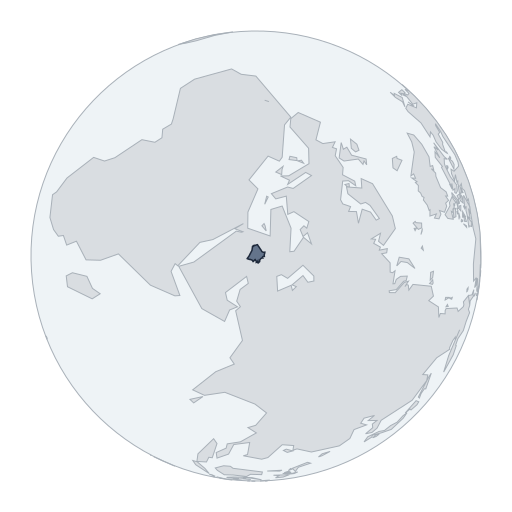 Al-Anbar on an orthographic globe, rotated 86°
{"feature_id": "IRQ-3471", "entity_name": "Al-Anbar", "entity_type": "Province", "adm_level": 1, "iso_a3": "IRQ", "parent_name": "Iraq", "parent_adm1": "", "projection": "orthographic", "projection_center": [42.195, 32.855], "detail": "fine", "context": "on_globe", "style": "filled", "palette": "slate", "viewbox_px": 512, "rotation_deg": 86, "n_neighbors": 0, "source": "natural_earth", "source_scale": "10m", "svg_char_len": 12527}
<svg xmlns="http://www.w3.org/2000/svg" viewBox="0 0 512 512"><g transform="rotate(86 256 256)"><circle cx="256" cy="256" r="225" fill="#eef3f6" stroke="#a8b0b8"/><path d="M245.6,31.0L248.3,30.9L273.7,32.0L283.8,32.7L280.0,32.8L300.4,35.1L315.5,38.7L297.2,34.6L294.3,34.4L303.9,36.4L303.1,36.6L307.3,37.9L305.4,38.2L294.9,36.5L293.5,36.9L300.4,38.4L302.8,40.1L292.9,37.7L296.2,40.7L279.2,39.7L254.2,35.5L243.4,37.4L214.1,40.2L215.4,41.1L205.2,43.5L203.0,45.7L198.2,46.2L200.5,47.6L205.3,46.8L208.0,47.3L207.1,48.7L200.8,49.3L200.4,48.7L198.1,49.7L195.3,49.5L196.2,50.4L188.7,51.4L194.7,52.6L187.6,55.2L183.0,55.4L185.3,52.5L180.5,47.6L176.6,47.9L168.7,50.6L149.9,61.2L144.7,63.1L136.5,67.8L138.4,67.7L145.5,64.1L147.1,65.7L155.7,61.8L157.6,62.1L165.6,59.8L162.4,63.4L154.8,68.4L147.9,70.8L144.4,73.3L149.3,74.1L134.8,82.1L122.6,94.2L119.1,96.3L115.2,94.0L119.4,85.6L114.4,84.9L115.5,89.0L106.7,95.1L104.4,97.9L103.7,100.0L106.1,99.2L102.7,102.4L100.3,98.9L103.4,96.0L104.1,96.9L106.0,93.3L104.4,92.1L100.1,95.8L102.1,91.8L99.1,94.6L97.8,95.6L102.5,91.2L95.1,98.3L107.4,86.7L120.4,76.1L134.3,66.4L148.8,57.8L163.9,50.4L179.6,44.1L195.7,38.9L212.1,35.0L228.7,32.4L245.6,31.0ZM30.8,263.4L33.1,282.1L37.1,300.5L38.9,312.1L39.3,317.7L39.7,319.1L35.2,300.8L32.2,282.2L30.8,263.4ZM291.2,33.6L285.9,32.8L291.3,33.5L291.2,33.6ZM308.2,38.1L310.0,38.4L311.4,39.0L308.2,38.1ZM166.9,58.0L166.3,58.9L165.1,58.8L166.9,58.0ZM171.0,56.3L170.1,55.7L171.9,54.8L172.4,55.2L171.0,56.3ZM309.8,40.2L311.5,41.4L308.0,39.8L309.8,40.2ZM171.7,57.4L175.2,53.4L178.5,52.0L183.1,52.5L171.7,57.4ZM311.4,42.0L315.7,45.5L320.0,46.2L310.3,46.9L309.8,43.3L304.7,41.0L309.3,42.1L311.4,42.0ZM207.2,46.0L202.1,46.9L207.2,45.0L207.2,46.0ZM209.9,44.7L221.8,39.2L229.0,39.0L223.5,40.7L233.5,39.8L231.1,42.3L225.1,43.4L221.0,42.9L223.2,44.4L209.9,44.7ZM304.3,46.9L303.7,47.8L302.3,46.6L304.3,46.9ZM209.4,47.4L211.2,46.1L217.5,45.8L215.1,48.3L213.9,47.5L209.4,47.4ZM237.3,38.5L241.6,38.9L240.8,41.0L242.4,41.6L231.7,42.4L237.3,38.5ZM212.0,48.3L213.8,49.6L210.0,51.2L208.1,48.6L212.0,48.3ZM220.2,44.7L223.1,44.7L220.7,45.5L220.2,44.7ZM197.5,58.0L199.5,56.1L203.0,55.7L197.5,58.0ZM214.7,50.1L216.0,49.5L217.6,49.3L217.9,50.5L214.7,50.1ZM231.9,44.0L230.7,44.9L236.3,43.7L235.9,45.6L228.8,45.9L231.7,46.6L231.7,47.2L226.0,46.8L231.9,44.0ZM223.1,51.0L214.0,52.6L209.5,56.0L206.3,56.4L214.1,50.9L223.1,51.0ZM225.3,48.5L223.2,50.1L220.3,49.6L219.9,48.2L225.3,48.5ZM238.3,46.8L240.6,43.9L242.1,43.9L238.3,46.8ZM222.4,52.0L224.6,51.7L222.4,52.3L222.4,52.0ZM234.0,48.4L234.7,47.3L236.3,47.4L234.0,48.4ZM228.5,52.0L225.6,52.4L225.2,51.4L228.5,52.0ZM231.5,50.5L233.6,50.9L226.9,50.8L231.5,49.9L231.5,50.5ZM235.5,48.7L236.7,48.4L235.0,49.2L235.5,48.7ZM231.6,55.9L223.2,56.1L222.4,53.7L230.7,53.8L231.6,55.9ZM75.3,304.9L67.7,267.3L73.7,258.1L76.5,243.6L119.9,211.6L127.2,218.4L159.3,223.0L163.0,226.1L157.2,237.0L179.6,257.7L189.2,249.4L211.6,261.0L227.7,262.3L237.0,240.5L210.6,237.9L208.0,226.4L230.7,219.1L254.1,222.0L253.9,217.7L240.7,207.3L247.8,199.8L236.4,203.0L239.8,207.7L232.7,210.1L229.2,206.1L231.8,203.4L225.3,200.9L214.4,215.1L216.7,221.4L198.4,221.6L200.4,232.3L194.9,236.3L189.4,219.7L191.2,214.2L179.6,195.0L176.1,200.6L186.8,219.4L182.7,217.3L177.9,226.0L178.3,217.8L167.6,196.7L152.2,196.0L129.7,213.1L121.4,211.7L115.8,203.9L127.0,182.4L144.3,188.1L148.5,181.5L147.6,169.1L153.0,172.2L154.7,168.2L161.5,170.0L173.7,162.9L181.0,164.0L188.2,152.3L192.9,151.6L187.3,158.5L187.3,164.3L205.8,167.7L210.1,165.8L213.3,158.2L218.0,160.5L218.7,152.7L230.5,151.5L216.7,146.8L220.2,138.7L228.6,133.6L227.2,130.3L213.5,138.7L210.2,143.0L211.4,147.9L200.3,160.0L193.4,160.9L195.6,145.7L186.1,145.7L192.0,134.7L225.6,117.2L238.4,115.1L254.3,128.1L249.9,132.7L242.0,130.2L247.0,139.8L247.7,135.5L251.6,137.7L255.8,131.3L258.8,132.6L257.8,124.5L261.9,125.4L262.5,130.5L272.2,122.7L281.4,123.3L282.2,120.9L280.4,118.3L293.3,121.3L293.3,119.5L289.1,117.7L286.4,113.2L286.6,106.5L291.0,107.9L291.5,110.5L299.3,118.4L300.0,125.6L301.8,125.5L302.3,119.7L292.8,110.0L291.7,105.6L296.9,109.6L294.9,107.8L295.7,106.1L300.7,105.9L295.3,101.4L298.4,83.3L308.4,81.8L312.6,86.8L319.5,77.6L330.1,77.9L326.2,76.1L326.9,71.4L323.6,71.1L321.7,70.0L321.9,59.1L325.4,58.2L321.0,52.7L319.0,52.0L316.2,52.3L310.3,46.9L320.0,46.2L324.0,47.8L327.4,46.9L336.1,51.0L344.9,54.4L352.6,60.4L358.9,63.1L359.4,62.5L368.4,66.2L384.9,76.9L369.0,70.8L343.8,58.0L353.9,63.1L350.8,62.9L354.0,65.5L361.2,69.4L362.5,69.2L370.1,82.8L385.9,97.9L386.6,92.9L392.2,94.4L410.8,110.3L428.6,142.6L436.2,147.3L440.1,152.6L441.0,159.1L435.4,151.5L431.8,151.7L428.5,146.8L428.0,155.5L423.3,148.9L425.3,159.5L430.1,163.2L432.2,157.5L436.0,170.3L444.6,175.1L451.2,186.1L455.4,214.4L451.3,228.5L452.2,232.7L447.7,231.6L446.1,243.0L457.9,258.2L459.1,264.5L454.4,282.6L453.5,278.3L441.6,275.3L442.5,291.3L451.7,297.2L454.9,309.0L449.3,309.4L445.6,299.2L441.4,297.8L440.3,284.5L432.5,268.0L426.6,276.0L424.9,268.1L413.3,256.4L403.6,267.4L389.8,296.6L391.4,317.1L385.1,328.5L368.6,304.2L362.3,285.2L355.7,289.1L339.3,275.4L309.2,280.1L305.5,275.1L299.7,278.4L288.3,274.2L282.8,265.6L275.7,266.8L290.3,289.0L298.1,287.8L305.4,278.0L308.0,286.1L319.1,291.9L304.7,313.7L260.9,333.8L257.7,318.4L229.8,273.9L231.3,268.9L231.2,268.3L230.9,267.3L227.3,275.3L222.8,266.3L236.6,297.9L238.5,311.0L260.3,334.7L258.0,337.2L265.4,341.8L290.1,334.7L290.1,339.7L277.7,363.4L244.3,393.1L249.4,411.4L248.0,425.8L228.7,434.1L231.9,444.1L222.1,446.7L222.5,451.8L215.5,456.1L203.2,458.9L180.7,454.7L178.1,450.4L165.0,439.1L146.3,411.1L150.7,400.5L148.1,389.9L132.0,361.7L135.5,348.9L131.5,341.6L123.0,340.2L118.5,331.2L113.5,329.1L83.5,319.7L75.3,304.9ZM102.9,232.3L101.2,236.5L102.9,232.3ZM277.8,236.7L292.5,236.9L287.7,223.0L292.9,222.1L289.4,217.9L287.3,222.0L278.8,210.5L285.8,206.1L285.0,200.0L280.0,199.7L268.5,209.8L280.5,226.0L276.4,232.0L277.8,236.7ZM106.9,95.3L107.0,95.6L105.5,98.2L104.8,97.9L106.9,95.3ZM107.6,105.8L102.0,110.7L105.5,106.7L103.4,106.8L108.1,99.1L117.6,97.0L112.4,99.1L107.6,105.8ZM116.9,89.0L112.9,93.6L116.9,88.6L116.9,89.0ZM157.7,145.9L159.1,149.4L155.2,153.4L146.0,153.6L151.5,147.6L157.7,145.9ZM162.1,153.6L166.9,139.4L172.8,139.2L168.7,141.6L172.1,142.9L166.4,147.2L167.4,161.6L164.0,166.2L148.8,163.1L155.6,161.4L153.8,157.8L162.1,153.6ZM168.5,108.5L170.7,103.7L180.8,109.3L177.6,113.2L168.2,113.2L166.4,108.7L168.5,108.5ZM179.3,59.6L179.5,58.5L181.2,58.2L182.5,58.9L179.3,59.6ZM198.2,57.1L180.4,64.8L179.7,63.8L170.1,70.3L164.5,70.2L170.9,65.8L159.4,70.9L163.0,66.9L155.4,70.9L170.2,61.2L172.9,58.3L172.0,61.5L177.1,61.6L180.1,60.8L190.6,56.5L198.9,50.9L205.2,50.6L207.5,52.0L206.5,53.3L202.7,52.9L204.1,54.9L197.8,55.5L198.2,57.1ZM230.6,75.3L226.6,73.1L228.3,79.7L222.0,79.2L222.6,80.1L217.2,81.6L211.8,85.1L209.2,84.3L208.2,86.1L204.6,87.4L202.4,89.6L197.0,89.1L193.8,91.9L193.1,90.2L189.0,95.2L189.6,91.4L185.1,93.0L186.9,95.9L163.3,90.9L153.0,92.7L144.0,96.6L146.3,90.2L156.2,82.8L169.2,76.5L178.8,76.0L178.1,73.5L182.5,72.7L181.2,75.0L185.8,71.0L189.1,71.0L200.7,67.1L205.2,61.9L209.6,60.6L209.4,62.7L213.9,60.0L216.5,63.1L219.7,62.3L225.5,64.9L223.4,69.8L227.1,68.6L231.7,70.9L230.6,75.3ZM233.1,56.7L231.9,62.0L228.0,64.5L219.5,59.0L216.3,59.3L210.7,56.4L216.6,53.0L217.7,54.1L220.1,54.3L217.3,55.3L221.3,54.8L222.9,56.3L226.4,56.4L225.1,58.0L233.1,56.7ZM168.4,222.7L171.5,224.0L176.6,224.7L173.6,230.4L168.4,222.7ZM160.8,208.5L163.7,208.4L162.1,216.3L158.9,215.2L160.8,208.5ZM166.8,202.0L164.0,207.8L163.6,204.0L166.8,202.0ZM190.2,158.2L193.5,158.0L193.3,159.9L190.9,162.3L190.2,158.2ZM234.2,97.0L232.6,94.8L233.9,94.1L234.7,88.5L239.4,88.7L240.8,92.2L234.2,97.0ZM231.7,244.1L226.3,248.0L224.2,245.7L226.5,244.8L231.7,244.1ZM198.0,239.7L205.0,243.7L197.1,241.2L198.0,239.7ZM239.5,96.3L239.3,93.9L241.8,95.5L239.5,96.3ZM242.9,88.6L246.1,90.0L240.1,88.1L242.9,88.6ZM323.0,470.2L324.6,470.1L321.0,471.1L323.0,470.2ZM287.3,422.4L273.5,446.2L262.6,446.7L259.9,440.3L264.5,426.1L276.9,421.4L282.8,414.1L287.3,422.4ZM472.3,315.0L473.5,312.6L473.3,313.6L472.3,315.0ZM471.1,315.3L472.9,312.0L470.4,317.9L471.1,315.3ZM473.5,310.7L475.3,305.2L476.1,302.2L475.7,304.3L473.5,310.7ZM469.7,317.9L460.0,330.7L455.6,333.3L457.2,329.0L464.4,321.7L469.7,317.9ZM456.8,329.3L449.3,327.7L435.3,311.0L440.4,308.0L454.2,313.7L453.5,317.1L458.0,319.8L456.8,329.3ZM472.9,293.8L472.0,302.9L467.1,309.5L464.6,311.4L463.0,302.9L464.0,296.2L466.2,293.7L471.9,264.7L474.5,265.6L473.4,276.7L475.3,280.9L472.9,293.8ZM392.5,318.7L398.2,328.4L394.4,331.9L392.5,318.7ZM472.2,247.4L471.3,259.8L471.5,245.0L472.2,247.4ZM471.1,234.8L472.2,238.6L470.4,236.4L471.1,234.8ZM454.1,238.5L451.9,242.2L450.8,239.3L453.0,232.9L454.1,238.5ZM456.1,195.7L459.9,204.2L460.8,207.7L457.9,203.8L456.1,195.7ZM279.5,98.3L273.1,105.5L271.6,111.7L275.7,116.3L267.2,113.2L269.5,103.7L279.5,98.3ZM295.6,84.8L292.0,81.4L295.3,81.2L296.6,82.0L295.6,84.8ZM292.2,83.9L284.5,82.9L283.6,80.0L289.9,81.3L292.2,83.9ZM261.9,88.7L259.7,90.7L257.7,89.3L261.9,88.7ZM447.0,375.4L447.4,374.8L447.7,374.3L447.0,375.4ZM449.1,372.0L453.5,364.1L460.0,351.6L449.1,372.0ZM477.5,297.2L475.1,307.9L477.5,296.9L477.8,295.2L477.5,297.2ZM481.2,262.0L481.2,262.7L481.2,260.2L481.2,262.0ZM480.0,277.4L479.8,279.8L479.6,279.7L480.0,277.4ZM480.6,273.3L480.3,276.3L480.4,274.0L480.7,272.4L480.6,273.3ZM476.3,280.7L476.9,284.5L478.6,276.8L477.3,284.9L477.7,290.6L477.1,294.8L476.7,288.4L475.5,299.0L474.7,300.8L474.9,293.6L476.1,281.7L476.8,275.6L479.6,266.1L476.3,280.7ZM480.7,267.7L480.5,262.9L480.5,257.9L480.8,259.7L480.7,267.7ZM478.6,252.0L476.7,248.3L475.9,253.9L476.5,238.1L478.4,244.3L478.6,252.0ZM475.4,239.4L474.8,244.6L474.8,236.1L475.4,239.4ZM474.1,243.0L472.9,238.4L473.9,236.9L474.1,243.0ZM475.9,238.2L474.3,229.4L475.7,233.1L475.9,238.2ZM469.7,228.5L473.7,231.8L470.3,234.5L465.4,219.0L466.5,216.0L469.7,228.5ZM445.5,152.3L442.6,148.7L442.3,145.5L444.4,148.8L445.5,152.3ZM438.4,133.1L441.2,143.5L443.0,152.6L444.6,152.9L449.0,161.2L444.1,157.1L439.6,145.5L439.0,140.0L434.6,133.6L431.6,126.8L425.6,120.5L422.9,116.3L428.1,120.5L438.4,133.1ZM423.0,118.1L411.5,106.4L412.8,103.8L415.6,105.8L420.4,112.1L419.4,113.0L423.0,118.1ZM409.1,102.9L408.0,103.9L388.8,92.2L385.1,89.3L400.4,95.9L400.2,97.3L404.7,100.9L409.1,102.9ZM306.2,48.2L304.0,47.8L305.7,47.5L306.2,48.2ZM319.9,70.0L317.7,68.4L319.8,67.8L319.9,70.0ZM312.8,63.8L312.0,65.5L311.0,63.1L312.8,63.8ZM310.5,69.7L310.8,65.9L313.1,70.4L310.5,69.7Z" fill="#d9dde1" stroke="#a8b0b8" stroke-width="1"/><path d="M248.8,259.3L248.5,259.3L247.9,259.1L247.2,259.0L246.5,258.9L245.9,258.7L245.9,258.8L245.9,258.7L246.3,258.4L246.3,258.0L246.2,257.9L245.5,258.0L245.5,257.9L245.3,257.3L245.6,257.3L245.4,256.4L245.3,255.8L245.1,255.3L245.0,254.9L244.9,254.4L244.8,253.8L245.1,253.6L245.5,253.4L245.9,253.2L246.3,253.0L246.6,252.8L247.0,252.5L247.4,252.3L247.7,252.1L248.1,251.9L248.5,251.7L248.8,251.5L249.2,251.3L249.4,251.2L249.5,251.1L249.9,250.9L250.3,250.7L250.6,250.4L251.1,250.2L251.9,250.0L252.0,249.9L252.2,249.5L252.8,248.5L252.8,248.4L252.8,247.6L252.8,246.9L253.3,247.0L253.8,247.1L254.0,247.2L254.9,247.5L255.3,247.7L255.5,247.7L256.0,247.7L256.3,247.8L257.0,247.7L257.0,248.6L257.1,249.2L257.7,249.7L257.9,249.8L258.0,249.8L258.4,249.5L258.4,249.9L258.5,250.1L258.6,250.4L258.6,250.6L258.7,250.8L258.8,251.2L259.1,251.5L259.6,252.0L260.0,252.4L260.2,252.5L260.6,252.5L261.0,252.7L261.3,252.8L261.8,252.7L261.9,252.8L262.0,252.9L262.1,253.0L262.2,253.3L262.3,253.4L262.4,253.5L262.2,253.5L262.4,253.6L262.5,253.7L262.8,253.9L262.8,254.0L262.7,254.1L262.7,254.3L262.7,254.5L262.8,254.5L262.8,254.8L262.7,254.8L262.4,254.7L262.2,254.7L261.9,254.7L261.6,254.6L261.3,254.6L261.6,254.8L261.9,254.9L262.0,255.0L262.1,255.3L262.1,255.6L262.3,255.8L262.4,256.2L261.8,256.1L261.4,256.1L261.2,256.1L260.9,256.2L260.3,256.8L260.2,256.9L259.7,256.9L259.5,257.0L259.4,257.1L259.5,257.3L260.3,258.1L260.8,258.5L261.0,258.7L261.3,259.0L261.3,259.3L261.2,259.3L260.9,259.5L260.7,259.6L260.4,259.7L260.2,259.8L259.5,260.7L259.5,260.8L259.5,261.0L259.4,261.2L259.1,261.9L259.0,262.0L259.1,262.3L258.9,262.7L258.9,262.8L258.9,263.0L258.7,263.4L258.5,263.6L258.5,264.0L258.4,264.1L258.3,264.4L258.1,264.8L258.0,265.0L257.9,265.0L257.6,264.7L257.3,264.4L257.0,264.2L256.7,263.9L256.4,263.7L256.1,263.4L255.8,263.2L255.6,263.0L255.3,262.8L255.0,262.6L254.7,262.4L254.4,262.3L254.1,262.1L253.8,261.9L253.5,261.7L253.2,261.6L252.9,261.4L252.7,261.2L252.4,261.0L252.1,260.8L251.8,260.7L251.5,260.5L251.2,260.3L250.9,260.1L250.6,259.9L250.3,259.7L250.1,259.6L249.9,259.6L248.8,259.3L248.8,259.3Z" fill="#64748b" stroke="#1e293b" stroke-width="1.5"/></g></svg>